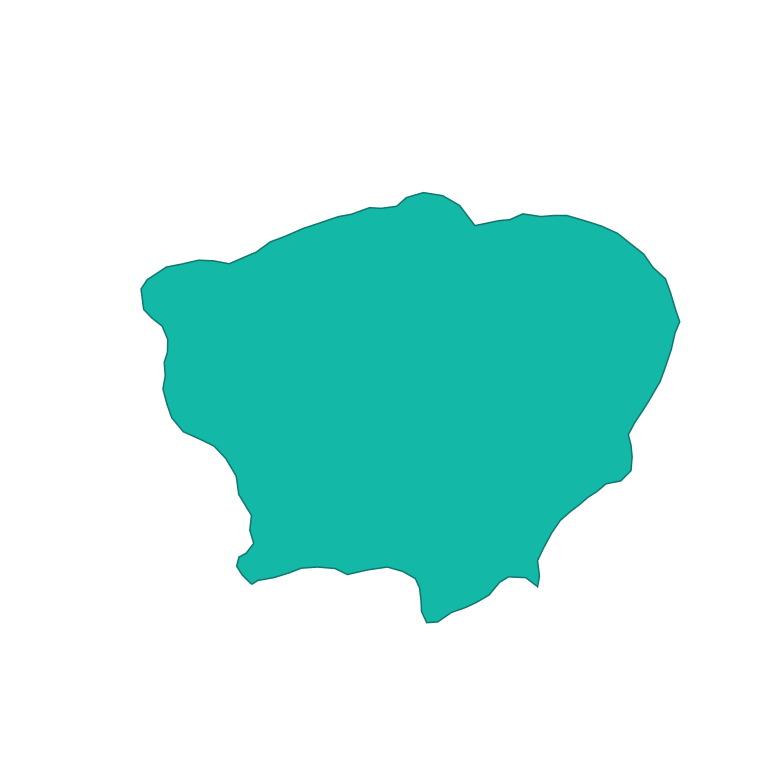 outline of Shahbuz District, Şahbuz, Azerbaijan, rotated 26°
{"feature_id": "54616110B68105682916253", "entity_name": "Shahbuz District", "entity_type": "district", "adm_level": 2, "iso_a3": "AZE", "parent_name": "Azerbaijan", "parent_adm1": "Şahbuz", "projection": "orthographic", "projection_center": [45.639, 39.439], "detail": "fine", "context": "isolated", "style": "filled", "palette": "teal", "viewbox_px": 768, "rotation_deg": 26, "n_neighbors": 0, "source": "geoboundaries", "source_scale": "gbopen_adm2", "svg_char_len": 1538}
<svg xmlns="http://www.w3.org/2000/svg" viewBox="0 0 768 768"><g transform="rotate(26 384 384)"><path d="M610.9,498.9L608.0,488.6L599.4,475.4L599.3,462.1L600.0,444.1L602.2,429.5L607.4,417.0L612.6,406.7L617.1,396.2L622.3,387.8L627.3,376.4L639.3,367.3L644.0,353.6L639.0,340.8L632.9,330.8L625.8,322.4L626.3,308.5L628.3,294.2L629.4,283.5L631.1,260.6L629.6,246.7L627.1,227.2L623.2,210.5L622.5,198.4L613.6,189.5L601.9,176.8L590.9,166.1L574.3,161.2L560.5,153.4L542.4,149.5L528.3,146.3L510.6,146.7L495.7,148.8L474.5,152.4L463.5,157.7L451.5,164.8L434.2,170.2L425.0,181.2L416.1,186.5L396.3,201.8L373.7,190.4L354.2,189.0L335.5,194.7L322.4,206.7L317.4,218.8L304.6,227.3L293.7,231.9L280.2,245.8L269.6,253.6L255.7,267.4L243.3,279.5L230.2,294.8L222.1,303.4L219.5,306.1L211.4,321.4L202.8,331.3L192.2,343.8L176.9,348.0L163.1,354.0L149.9,364.7L137.2,374.2L125.4,394.1L124.0,405.2L135.3,422.3L146.2,426.4L159.3,429.3L170.1,438.7L175.4,450.3L177.0,460.9L183.8,472.5L187.5,485.4L197.8,497.3L208.0,507.4L224.6,514.9L240.8,514.3L258.3,514.3L274.5,520.3L274.7,520.5L291.6,531.6L301.9,547.0L322.5,560.2L327.5,574.3L336.8,584.3L334.3,596.5L329.5,603.1L331.4,612.3L340.0,617.7L351.4,621.6L353.2,621.7L356.8,615.8L370.0,606.2L381.7,595.2L390.2,585.9L404.4,577.7L420.8,571.3L434.6,571.3L450.6,558.4L467.3,547.0L483.2,544.2L497.5,545.2L505.3,551.6L512.4,562.7L517.4,571.9L527.0,579.8L536.5,574.4L544.7,559.8L555.3,549.1L562.8,539.8L570.9,527.7L574.8,511.6L580.5,502.7L596.4,495.9L610.3,498.7L610.9,498.9Z" fill="#14b8a6" stroke="#0f766e" stroke-width="1.5"/></g></svg>